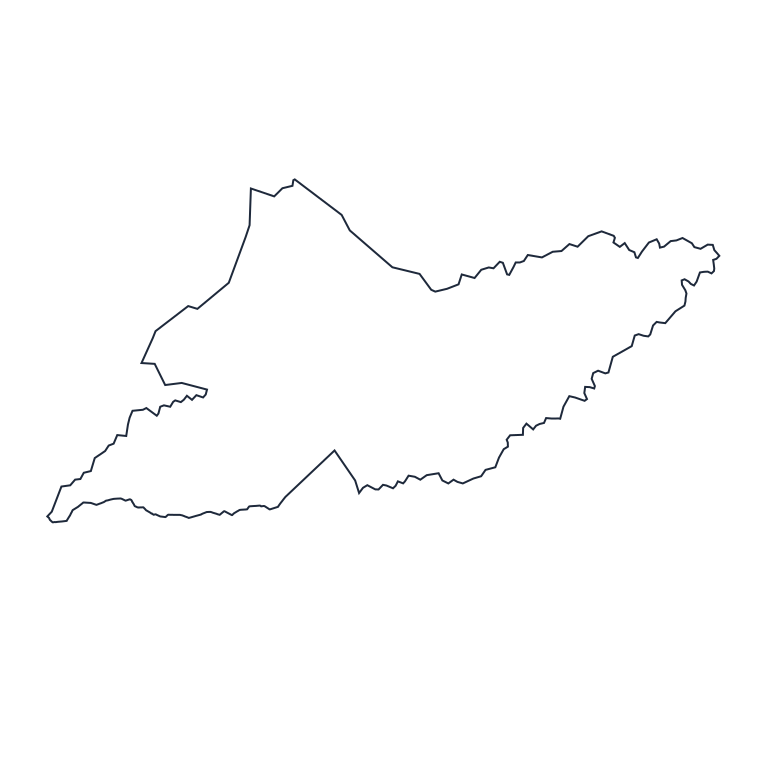 outline of Miguelete, Colonia, Uruguay, rotated 198°
{"feature_id": "84410073B28336448089611", "entity_name": "Miguelete", "entity_type": "district", "adm_level": 2, "iso_a3": "URY", "parent_name": "Uruguay", "parent_adm1": "Colonia", "projection": "robinson", "projection_center": [-57.58, -34.054], "detail": "fine", "context": "isolated", "style": "outline", "palette": "slate", "viewbox_px": 768, "rotation_deg": 198, "n_neighbors": 0, "source": "geoboundaries", "source_scale": "gbopen_adm2", "svg_char_len": 5854}
<svg xmlns="http://www.w3.org/2000/svg" viewBox="0 0 768 768"><g transform="rotate(198 384 384)"><path d="M205.7,405.4L206.3,417.9L204.0,429.7L198.1,430.2L188.0,430.0L186.3,432.4L190.7,437.3L191.8,443.4L187.4,444.6L182.7,444.7L182.8,447.2L188.1,453.1L188.4,459.0L184.5,462.8L176.8,462.5L174.1,464.3L174.8,480.6L160.1,496.6L160.5,507.6L157.2,510.1L152.0,510.1L147.4,510.9L146.1,513.4L146.2,522.8L143.9,527.3L140.8,527.7L135.3,528.8L129.3,543.2L122.5,551.4L122.8,555.6L123.7,559.2L124.3,563.5L126.4,566.3L131.2,570.4L132.9,574.5L130.5,576.5L126.0,575.6L123.1,574.0L119.6,573.5L118.3,578.0L118.0,587.7L114.3,589.6L110.8,590.9L106.7,590.4L105.1,593.4L105.6,595.9L107.3,599.6L109.3,603.7L106.5,605.8L104.7,609.5L107.6,611.3L111.2,613.4L114.3,617.9L119.2,616.6L124.7,610.4L131.1,610.1L134.7,613.0L145.2,615.1L150.3,610.9L155.5,608.5L160.1,601.2L163.7,599.0L165.7,602.6L169.4,605.9L175.8,600.4L179.6,589.6L181.5,582.3L183.5,582.3L186.6,586.7L192.2,587.2L198.6,592.4L202.1,587.3L209.5,589.5L209.6,594.4L211.3,595.9L224.2,596.4L235.4,587.7L242.3,574.4L250.9,574.4L256.3,565.3L264.4,561.9L272.9,553.2L287.1,551.1L289.0,544.2L292.3,541.6L296.3,540.3L297.0,535.2L298.6,526.5L300.8,526.3L308.4,536.0L311.7,536.0L315.6,527.9L320.4,527.2L326.8,522.7L330.6,512.8L343.9,512.2L343.9,501.8L353.5,494.0L363.8,487.7L368.2,488.2L384.2,499.7L412.1,497.6L464.0,519.5L476.5,531.7L532.1,551.0L533.2,549.8L532.3,544.2L541.1,538.8L546.4,528.5L571.0,528.8L560.9,493.5L561.0,481.2L562.9,432.3L584.7,397.8L594.3,397.6L617.6,363.7L618.1,356.1L621.1,329.0L608.3,332.3L591.8,315.4L576.7,322.5L550.6,324.0L550.3,318.9L551.9,315.3L559.0,315.4L561.7,309.6L567.8,311.9L569.5,307.2L571.6,304.0L577.5,303.9L579.0,301.9L580.3,296.3L586.7,295.7L589.8,293.2L589.4,286.2L590.3,283.6L602.6,287.7L605.3,285.0L614.9,280.8L615.5,273.3L615.0,266.4L613.1,254.9L621.9,253.0L622.7,243.7L626.8,240.4L628.5,234.1L636.2,224.2L635.9,210.6L642.1,206.8L643.4,199.8L648.2,197.6L651.1,190.7L659.1,186.8L660.5,159.9L663.3,154.0L662.9,153.8L661.9,153.4L661.5,153.3L661.2,153.1L660.8,152.7L660.2,152.0L659.8,151.6L659.6,151.5L659.5,151.4L658.7,151.1L657.8,150.6L656.5,150.1L656.4,150.1L656.2,150.1L655.9,150.2L655.6,150.4L655.1,150.7L654.4,151.0L653.4,151.2L652.9,151.5L652.1,151.9L651.0,152.4L647.9,153.7L646.4,154.4L643.8,155.6L643.7,155.7L643.5,155.8L643.5,156.2L643.4,156.5L643.0,158.1L642.6,159.8L642.4,160.5L642.2,161.1L642.2,161.3L642.2,161.5L642.0,162.0L641.7,164.3L641.4,165.7L641.2,167.5L641.1,167.8L641.0,168.0L640.8,168.2L636.9,172.8L636.7,173.2L633.8,177.6L633.6,178.0L633.4,178.3L633.2,178.4L633.0,178.5L627.2,180.0L626.7,180.2L626.2,180.2L625.8,180.3L621.2,180.2L620.4,180.2L620.2,180.2L620.0,180.3L618.2,181.7L617.5,182.3L616.5,183.0L615.1,184.2L614.1,185.0L613.8,185.3L612.6,186.8L612.5,187.0L612.3,187.1L611.7,187.5L610.7,188.0L608.5,189.5L606.3,190.8L605.8,191.1L604.9,191.5L601.4,192.9L601.1,193.0L600.7,193.1L599.6,193.6L599.3,193.7L599.1,193.7L598.7,193.7L598.2,193.8L597.6,193.7L594.6,193.3L594.0,193.2L593.8,193.2L593.6,193.3L593.4,193.4L590.7,195.4L590.4,195.5L590.2,195.7L589.9,195.8L589.7,195.8L589.1,195.7L588.6,195.6L588.3,195.4L588.1,195.3L587.4,194.6L587.2,194.2L586.9,194.1L586.5,193.8L585.9,193.2L585.0,192.5L584.4,191.9L583.9,191.4L583.6,191.1L583.4,190.9L583.1,190.8L582.3,190.7L582.1,190.7L581.9,190.7L581.6,190.7L580.6,190.5L580.2,190.5L579.9,190.6L579.4,190.6L578.9,190.9L578.6,190.9L577.8,191.3L575.1,192.2L574.9,192.3L574.7,192.3L574.5,192.2L574.2,192.1L573.4,191.6L572.5,191.2L571.8,190.7L571.4,190.5L571.2,190.4L570.8,190.3L570.1,190.2L569.3,190.0L566.9,189.5L565.6,189.1L565.4,189.0L564.7,189.1L564.5,188.9L564.3,188.9L564.1,188.8L563.8,188.8L563.2,188.6L562.9,188.6L562.7,188.5L562.3,188.7L561.5,189.2L561.1,189.4L560.9,189.5L560.7,189.5L559.5,189.3L556.9,189.0L556.0,188.9L555.8,188.9L553.3,189.4L551.8,189.7L551.0,189.8L550.8,189.9L550.4,190.3L550.2,190.8L549.9,191.3L549.4,192.2L549.1,192.7L549.0,192.8L548.9,192.9L548.7,193.0L548.4,193.1L544.5,194.3L543.4,194.6L542.3,195.0L538.2,196.3L537.6,196.5L537.4,196.5L536.1,196.6L535.7,196.7L535.2,196.7L533.0,196.6L532.4,196.5L531.2,196.5L529.1,196.4L528.5,196.3L528.3,196.3L528.1,196.4L526.4,197.5L523.9,199.2L523.0,199.8L522.3,200.3L520.6,201.4L518.0,203.1L517.7,203.3L517.5,203.5L517.4,203.8L517.2,203.9L517.0,204.1L516.8,204.3L516.4,204.7L515.9,205.1L513.1,207.4L512.9,207.5L509.7,208.7L509.4,208.7L508.7,208.8L507.0,208.7L503.2,208.8L501.8,208.7L500.3,208.8L500.1,208.8L499.9,208.8L499.7,209.0L499.4,209.5L498.1,211.6L497.8,212.0L497.6,212.3L497.2,213.1L497.0,213.3L496.8,213.5L496.7,213.6L496.3,213.7L492.3,213.0L488.2,212.3L487.9,212.4L487.8,212.5L487.7,212.7L487.6,213.1L487.0,214.1L486.7,214.7L486.4,215.1L485.9,215.6L484.3,217.5L483.6,218.2L482.5,219.5L482.0,219.8L481.6,220.0L480.9,220.3L479.1,221.0L478.1,221.4L477.3,221.7L475.7,222.4L475.4,222.6L475.2,223.4L474.6,225.3L474.5,225.6L474.4,225.8L474.2,226.0L473.4,226.4L471.4,227.2L468.9,228.2L468.3,228.4L466.0,229.4L464.5,230.0L464.1,230.0L463.9,230.0L463.7,230.0L463.4,229.8L463.2,229.8L463.0,229.7L462.8,229.8L460.7,230.8L460.3,230.9L460.2,230.9L459.7,230.9L454.4,229.5L454.2,229.4L453.8,229.5L453.6,229.6L447.3,234.1L446.9,234.4L446.8,234.5L446.7,234.7L446.7,235.2L446.6,235.6L446.3,236.5L445.8,238.1L445.2,239.8L444.7,241.1L444.2,242.6L442.9,246.1L410.5,305.5L381.6,283.3L374.0,272.6L371.9,278.8L368.6,282.6L359.7,281.1L356.6,282.0L353.8,287.8L350.3,288.2L343.2,287.6L341.5,290.8L340.7,295.7L335.1,295.4L334.0,297.8L332.3,304.4L326.0,305.3L319.9,304.2L315.2,310.5L304.5,316.0L298.7,310.3L292.1,309.3L288.3,314.5L283.9,313.6L278.3,313.8L269.8,321.7L263.1,326.3L260.9,333.7L252.4,339.2L251.9,349.5L250.0,359.0L246.8,362.7L248.2,366.6L250.1,368.9L248.2,374.2L236.2,378.6L238.1,385.2L236.3,390.3L233.3,389.1L228.1,386.9L226.5,391.3L223.6,394.1L219.8,396.4L219.3,401.7L213.7,403.0L207.2,405.2L205.7,405.4Z" fill="none" stroke="#1e293b" stroke-width="2"/></g></svg>